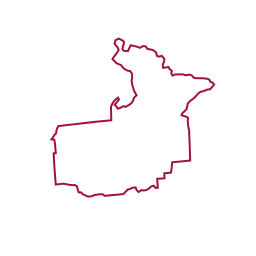 Getúlio Vargas, Rio Grande do Sul, Brazil (Robinson projection), rotated 222°
{"feature_id": "56859067B47286400089362", "entity_name": "Getúlio Vargas", "entity_type": "district", "adm_level": 2, "iso_a3": "BRA", "parent_name": "Brazil", "parent_adm1": "Rio Grande do Sul", "projection": "robinson", "projection_center": [-52.166, -27.853], "detail": "fine", "context": "isolated", "style": "outline", "palette": "rose", "viewbox_px": 256, "rotation_deg": 222, "n_neighbors": 0, "source": "geoboundaries", "source_scale": "gbopen_adm2", "svg_char_len": 2255}
<svg xmlns="http://www.w3.org/2000/svg" viewBox="0 0 256 256"><g transform="rotate(222 128 128)"><path d="M143.8,37.6L142.4,39.3L140.9,40.9L139.4,42.8L137.2,44.4L134.6,45.9L132.8,47.1L130.9,48.5L129.2,50.1L126.9,50.5L124.1,48.6L121.5,47.2L119.7,48.8L117.5,48.4L115.6,49.1L112.8,49.8L111.0,51.0L109.1,53.2L107.9,56.1L106.2,57.9L104.9,59.6L102.5,61.8L99.9,62.0L87.3,75.7L87.1,78.8L87.0,82.2L85.7,83.9L84.7,86.7L82.6,88.9L79.9,87.6L77.3,87.5L76.5,90.8L74.4,92.1L72.9,94.2L71.9,96.9L71.8,99.6L70.3,102.4L67.3,101.9L65.9,103.5L72.3,109.8L67.2,115.0L70.7,118.6L66.2,123.6L68.6,127.2L72.2,132.1L60.0,145.4L72.1,158.0L78.6,164.6L80.9,167.1L84.5,169.6L88.9,173.8L90.1,175.7L92.5,175.3L94.5,174.3L96.9,173.4L97.5,175.6L97.2,178.1L97.1,181.1L98.3,183.4L99.9,186.1L99.9,189.8L99.2,192.8L98.8,195.9L98.9,198.1L98.9,201.0L98.3,203.5L96.7,205.7L95.6,207.9L94.6,209.8L92.9,211.8L92.9,214.6L93.1,217.9L95.5,218.4L97.4,217.4L99.7,218.3L101.7,217.8L103.7,216.5L106.2,214.6L108.6,212.4L110.8,210.5L113.0,209.3L115.2,209.8L117.6,209.1L119.1,207.6L120.6,205.6L122.6,204.9L124.8,203.0L127.4,200.7L129.1,198.9L129.9,196.8L132.1,197.3L133.7,199.8L136.6,199.6L138.6,200.5L140.6,198.1L142.1,196.2L144.5,198.2L145.7,201.6L147.2,203.7L151.2,204.2L152.6,201.8L155.0,201.0L157.6,202.9L160.9,202.8L163.6,201.6L166.5,199.7L169.3,200.6L171.6,198.9L172.8,195.5L176.3,194.2L179.1,192.5L181.3,191.4L180.8,189.0L179.5,185.5L181.2,183.7L183.2,182.4L185.2,183.2L186.3,184.9L187.2,187.4L188.7,189.4L191.4,189.2L194.8,188.2L196.0,184.8L194.5,181.8L191.8,181.2L189.6,180.9L187.2,179.8L186.5,176.2L186.3,173.7L186.1,171.2L185.6,168.8L183.1,168.7L180.4,168.4L177.9,169.1L175.3,170.1L171.6,169.4L169.2,169.7L166.4,170.5L164.5,171.7L161.8,171.2L159.7,169.4L158.3,167.8L157.3,165.9L153.7,162.9L148.4,159.7L143.5,158.0L143.8,154.5L142.5,151.6L142.0,149.3L142.6,146.0L143.9,142.2L146.3,140.8L147.2,137.7L148.6,135.5L151.2,136.3L153.4,136.3L153.5,139.2L153.7,142.9L155.5,144.0L156.2,141.4L156.4,138.9L155.9,135.7L154.9,132.5L145.6,122.5L156.1,111.1L181.0,82.9L180.4,80.1L179.1,77.6L177.9,76.0L178.0,73.6L177.5,70.8L177.3,68.4L174.9,70.0L171.2,67.0L164.9,61.0L166.3,59.4L164.8,57.9L161.7,54.8L156.5,49.7L150.5,43.9L148.0,41.6L146.0,39.7L143.8,37.6Z" fill="none" stroke="#9f1239" stroke-width="2"/></g></svg>